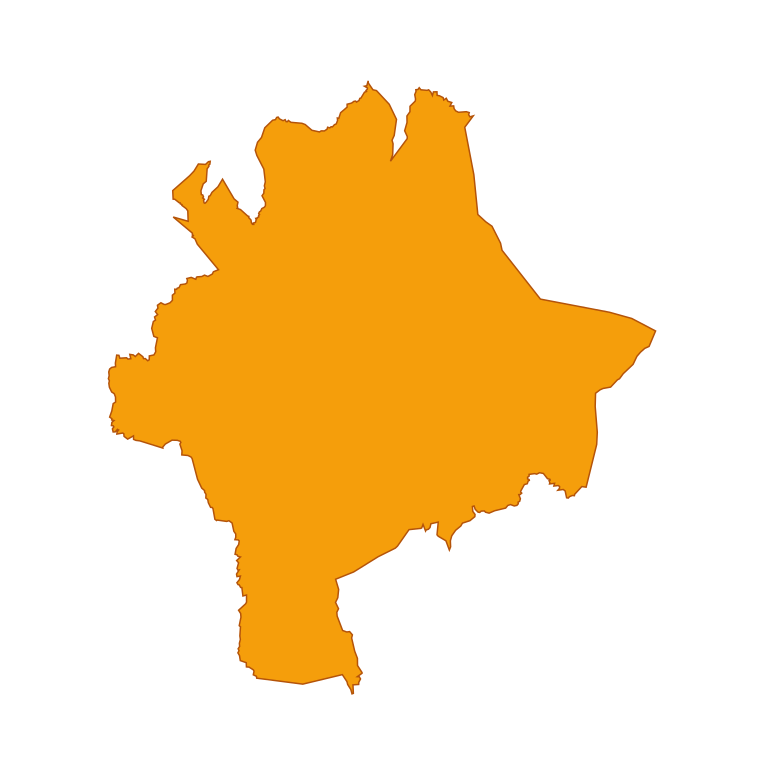 outline of Petlalcingo, Puebla, Mexico, rotated 352°
{"feature_id": "50627088B13668938425489", "entity_name": "Petlalcingo", "entity_type": "district", "adm_level": 2, "iso_a3": "MEX", "parent_name": "Mexico", "parent_adm1": "Puebla", "projection": "albers", "projection_center": [-97.931, 18.063], "detail": "fine", "context": "isolated", "style": "filled", "palette": "amber", "viewbox_px": 768, "rotation_deg": 352, "n_neighbors": 0, "source": "geoboundaries", "source_scale": "gbopen_adm2", "svg_char_len": 6148}
<svg xmlns="http://www.w3.org/2000/svg" viewBox="0 0 768 768"><g transform="rotate(352 384 384)"><path d="M309.2,686.4L310.6,686.1L311.4,677.6L317.1,678.0L317.5,675.9L319.7,672.8L318.8,670.5L316.9,670.1L322.0,667.4L322.1,666.7L318.6,659.1L319.5,652.0L317.8,644.5L316.6,631.0L317.8,628.0L315.5,624.4L312.6,624.4L308.7,622.3L305.3,607.3L305.5,603.5L307.7,600.2L305.6,593.5L308.5,589.2L310.5,581.1L308.9,570.6L327.8,565.9L354.2,554.2L372.4,548.1L374.8,546.4L388.5,531.7L400.2,532.1L401.3,531.8L403.1,528.5L404.7,535.4L405.4,534.4L407.8,534.0L409.6,532.5L411.0,528.9L418.5,528.3L415.5,540.7L416.5,542.3L423.5,547.9L425.6,557.5L427.3,554.5L427.9,548.5L430.0,543.7L434.6,538.8L440.3,535.3L442.3,532.7L450.1,531.3L455.5,528.0L456.0,525.8L454.2,522.5L454.5,517.6L456.2,517.3L456.9,520.8L459.3,524.0L460.9,524.5L462.6,523.4L465.7,523.7L466.7,525.1L470.1,526.5L476.0,524.9L487.2,523.8L489.7,521.5L492.5,521.0L496.0,522.9L498.7,522.7L500.3,521.3L500.3,519.7L502.0,519.1L503.1,516.6L502.1,512.3L503.5,512.4L505.2,511.2L504.3,510.1L504.5,509.1L509.0,503.1L512.0,502.7L513.2,500.2L514.5,499.7L514.4,498.8L513.0,498.0L513.2,496.3L514.9,495.4L515.1,493.7L520.6,493.7L522.7,494.5L525.7,493.5L529.4,494.8L532.7,500.5L535.1,501.5L535.2,502.3L534.0,502.7L534.5,504.8L534.0,506.0L539.1,506.1L538.0,508.7L542.4,508.8L543.6,509.9L543.3,511.7L541.4,513.4L546.8,513.4L548.5,515.1L549.0,522.1L550.6,522.6L552.0,521.4L555.0,520.6L557.0,521.1L557.4,519.8L565.6,513.1L569.8,514.3L586.2,473.5L588.5,461.5L590.0,435.7L592.2,422.6L597.2,419.8L600.4,418.9L608.0,418.6L615.8,412.3L617.9,411.6L622.3,407.1L633.4,399.2L638.3,391.8L642.4,388.2L647.2,385.0L651.7,383.7L660.3,369.3L638.5,353.6L617.4,344.4L550.7,321.7L519.5,268.0L519.0,260.7L512.9,242.8L507.4,237.6L500.5,229.2L502.1,189.2L499.7,141.0L509.7,130.9L506.3,131.4L505.3,129.1L506.2,127.1L503.4,125.8L495.6,125.3L493.0,123.5L491.7,121.0L491.7,118.3L488.0,118.0L490.3,114.7L486.6,112.9L485.4,109.7L482.7,111.1L482.4,108.6L478.9,106.2L476.8,105.6L477.1,102.0L473.6,101.6L472.1,105.1L471.0,101.5L469.2,98.9L467.5,99.2L461.5,97.8L460.1,95.5L458.6,97.1L456.5,97.0L456.4,98.8L454.7,101.7L454.9,106.2L454.3,108.2L448.4,112.6L447.6,118.0L444.0,121.8L443.2,128.2L439.7,136.1L441.5,142.3L441.1,144.3L421.4,164.3L424.5,158.2L426.4,147.4L425.9,143.7L428.7,139.3L433.2,123.7L428.1,107.7L417.4,92.4L414.0,91.1L410.4,83.8L410.5,81.6L408.5,86.2L406.1,86.4L408.8,88.5L408.5,89.8L407.0,90.8L407.4,91.9L405.3,92.3L401.0,97.6L399.8,97.8L398.7,99.8L396.0,101.0L395.3,99.9L393.6,99.9L391.0,101.3L386.4,101.8L386.0,104.7L378.8,109.3L376.2,114.6L374.8,114.1L374.7,116.6L372.9,119.8L371.0,120.3L368.8,122.2L367.4,121.9L366.0,122.8L363.9,121.9L363.1,123.7L360.2,125.1L357.0,124.6L355.2,125.4L347.9,122.7L342.1,116.1L339.0,114.4L328.2,111.9L326.0,109.7L324.8,110.8L323.6,110.6L322.9,108.5L320.7,109.2L317.4,106.9L316.3,104.9L314.8,105.1L313.3,107.1L310.4,107.3L301.6,113.7L297.0,122.8L292.4,127.0L289.0,134.5L289.9,140.0L294.9,154.4L294.6,167.3L293.1,171.1L293.4,173.9L292.2,174.9L291.5,178.4L289.4,180.6L291.9,187.7L291.4,190.9L290.3,192.2L287.4,193.3L286.0,195.5L284.5,196.3L283.6,197.8L284.3,198.9L283.3,199.6L283.2,201.1L281.6,201.6L281.4,202.4L280.0,202.2L280.3,203.5L279.2,206.1L277.0,206.4L277.2,207.8L276.0,207.6L275.1,205.9L275.1,203.1L273.2,200.4L273.5,199.2L272.4,198.7L266.2,191.3L262.9,189.6L263.7,188.7L263.4,187.2L264.7,183.6L261.3,179.8L252.6,158.7L247.0,165.6L240.3,170.3L238.1,173.3L236.7,173.7L235.7,176.7L233.0,179.4L231.8,180.1L231.0,179.5L230.9,177.0L231.9,176.1L230.3,174.5L231.3,173.6L230.8,171.6L229.5,171.0L229.6,167.2L232.8,160.7L236.2,158.5L238.8,146.3L240.9,144.1L240.9,142.8L242.1,142.2L242.9,139.3L241.1,139.4L237.8,141.7L230.8,140.3L225.5,146.7L220.5,150.7L201.7,163.1L200.9,171.6L202.5,171.9L206.5,176.1L207.4,176.3L207.4,177.3L208.9,178.2L208.7,179.0L212.5,182.8L213.8,185.3L212.7,195.6L198.5,189.3L215.2,207.9L214.9,210.6L216.4,210.1L214.4,211.7L217.0,213.9L218.6,219.6L236.0,247.8L230.7,249.1L229.3,251.2L224.6,253.0L221.4,251.2L218.6,252.2L214.0,251.9L213.2,252.1L212.2,254.1L207.9,251.6L203.4,252.1L203.8,253.8L202.9,256.5L201.2,257.3L196.3,257.3L194.5,260.0L192.5,260.4L191.8,261.4L190.0,261.0L189.6,264.9L186.8,266.6L186.1,271.7L183.4,273.8L178.8,274.9L177.3,274.6L174.4,272.5L170.6,274.5L170.7,277.4L167.6,280.4L169.5,283.8L166.1,285.7L166.6,288.9L164.3,290.0L161.7,296.6L162.7,304.8L166.1,306.7L162.7,316.3L162.4,320.3L160.2,323.2L155.5,323.5L154.9,327.3L153.3,328.1L151.2,325.6L149.4,325.4L149.0,323.4L145.2,319.5L141.5,322.2L139.8,320.3L136.4,319.3L136.8,323.7L134.0,323.7L132.7,322.2L126.0,321.7L125.5,318.7L123.3,318.2L120.9,325.9L120.6,329.5L116.5,329.7L114.4,331.0L113.1,333.8L113.0,337.5L111.8,340.4L112.5,342.6L111.6,345.0L111.6,349.0L113.2,354.0L115.5,356.0L116.3,359.5L115.7,364.5L113.1,365.7L110.7,372.8L107.7,378.6L109.7,380.5L109.3,381.7L111.5,382.6L109.2,384.1L108.3,387.2L110.1,387.8L110.5,388.9L108.8,390.6L109.1,393.8L111.2,394.0L113.7,391.8L114.8,392.6L113.1,394.1L112.5,396.4L118.4,396.2L119.4,397.0L119.3,399.7L122.5,402.9L128.7,400.5L128.3,404.0L130.5,405.3L134.2,406.3L156.1,416.7L156.1,415.7L159.1,413.0L166.3,410.1L171.5,411.0L174.3,412.4L174.7,413.6L173.5,415.1L174.7,422.0L173.9,426.1L179.9,427.5L182.7,429.4L183.6,431.1L186.1,452.4L189.0,461.7L191.5,464.6L191.3,466.0L192.4,468.5L191.7,472.1L193.4,473.8L193.5,477.1L195.1,482.0L196.7,482.4L197.3,483.5L197.7,494.4L199.2,495.9L199.8,495.5L209.1,498.2L211.4,497.8L214.2,500.5L214.8,508.9L216.3,511.9L215.9,515.1L214.7,517.4L217.9,518.1L218.8,519.3L217.7,522.8L214.7,526.2L212.8,531.9L214.6,532.6L215.3,534.2L217.8,535.3L213.5,538.3L215.1,540.8L212.8,546.2L213.5,548.1L214.6,548.0L211.5,551.7L211.6,554.3L215.1,554.2L213.6,557.6L210.7,560.3L211.5,562.3L212.7,562.8L213.7,565.5L214.9,565.8L214.8,574.3L218.5,573.8L217.5,580.9L216.4,582.4L208.5,587.8L210.1,591.3L209.9,595.0L207.0,603.2L208.1,604.4L206.2,613.4L206.2,617.0L204.7,620.6L204.5,623.8L202.7,625.9L203.3,627.9L201.9,629.9L203.1,632.8L203.2,637.9L208.8,640.8L208.4,645.0L211.0,645.6L214.9,649.0L215.3,650.3L214.1,653.8L217.0,655.7L217.0,657.6L261.8,669.9L302.3,666.0L305.9,673.6L306.2,676.5L308.6,681.9L309.2,686.4Z" fill="#f59e0b" stroke="#b45309" stroke-width="1.5"/></g></svg>